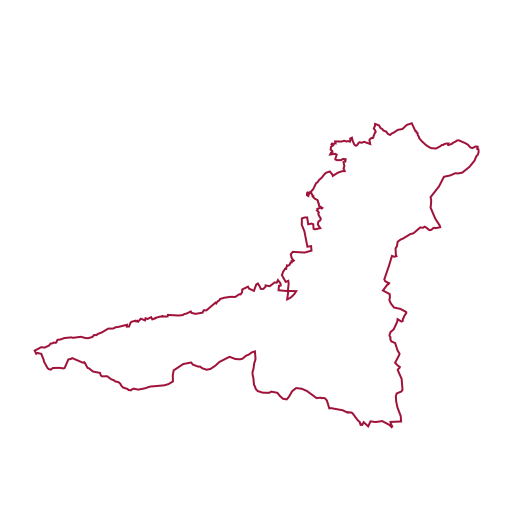 Sieu, Bistrita-Nasaud, Romania (orthographic projection), rotated 188°
{"feature_id": "2599482B45546985901093", "entity_name": "Sieu", "entity_type": "district", "adm_level": 2, "iso_a3": "ROU", "parent_name": "Romania", "parent_adm1": "Bistrita-Nasaud", "projection": "orthographic", "projection_center": [24.629, 47.002], "detail": "fine", "context": "isolated", "style": "outline", "palette": "rose", "viewbox_px": 512, "rotation_deg": 188, "n_neighbors": 0, "source": "geoboundaries", "source_scale": "gbopen_adm2", "svg_char_len": 6093}
<svg xmlns="http://www.w3.org/2000/svg" viewBox="0 0 512 512"><g transform="rotate(188 256 256)"><path d="M462.0,131.5L460.0,128.6L458.9,129.6L455.0,129.2L451.9,123.8L451.2,121.9L447.0,116.2L445.6,115.2L443.4,114.9L441.6,116.8L435.0,117.9L430.8,117.9L429.9,118.5L427.4,127.5L424.8,128.4L423.8,129.3L413.2,126.4L411.7,126.3L411.3,126.9L409.9,125.7L409.6,124.8L407.1,121.7L405.8,121.5L401.3,118.9L394.2,118.5L393.0,116.1L391.7,115.4L386.6,116.2L382.3,113.8L379.5,113.2L378.1,112.3L374.3,111.8L372.6,110.6L371.2,108.7L369.2,107.2L364.9,106.5L363.4,105.5L361.1,105.6L360.2,106.7L358.8,107.6L353.9,107.3L347.1,109.7L342.9,111.9L328.7,115.2L324.8,117.0L320.8,120.2L321.8,126.3L321.6,131.3L313.0,138.9L305.4,141.5L303.3,139.6L297.8,138.4L296.2,138.7L293.4,137.3L289.0,136.5L285.4,137.8L281.0,141.7L277.5,146.0L268.2,152.5L262.0,151.1L257.4,151.5L255.1,152.4L252.1,155.8L249.5,157.3L246.8,159.9L243.8,161.4L242.2,154.3L242.3,152.1L242.8,150.1L242.8,143.8L243.3,140.7L242.9,138.2L241.7,135.0L240.0,128.1L238.7,126.4L237.9,124.5L235.6,122.5L230.3,121.6L224.1,122.3L221.9,123.8L215.7,123.5L213.1,120.9L209.5,118.4L205.6,118.3L203.7,121.4L201.4,127.1L197.9,130.8L192.2,130.9L186.8,129.4L176.2,123.7L172.5,124.7L171.6,124.3L169.8,124.8L168.0,124.7L165.7,122.8L162.2,115.3L160.7,115.8L148.6,115.3L144.1,113.8L143.3,113.7L143.2,114.2L140.8,114.0L140.3,114.4L138.6,113.8L132.4,107.5L130.0,105.9L129.8,104.9L129.1,104.6L129.2,103.7L128.9,103.3L127.2,103.6L126.2,106.4L121.2,102.9L119.6,108.2L114.4,108.2L108.1,110.1L100.1,107.2L97.9,105.4L97.4,106.1L99.2,108.8L99.7,110.4L89.3,112.3L90.4,117.6L95.0,126.0L97.1,132.0L98.0,136.7L97.5,139.5L93.1,142.1L92.3,143.9L94.7,154.6L99.8,162.8L99.6,163.6L98.4,165.0L98.1,166.1L100.4,167.3L103.4,169.6L100.4,177.9L100.3,179.3L102.6,182.0L106.1,189.2L110.0,190.2L111.0,191.6L111.5,192.6L111.4,194.0L112.6,195.4L112.8,196.5L112.2,199.4L109.4,202.6L107.0,210.6L107.0,213.2L102.9,211.3L101.7,212.0L101.8,214.3L101.2,215.2L101.0,216.8L99.2,220.6L99.5,221.4L105.6,223.7L112.2,224.2L115.9,227.8L117.9,231.1L117.6,233.3L118.3,236.9L125.5,239.5L121.4,246.9L120.9,246.6L120.4,247.6L124.4,248.9L125.7,250.7L123.0,264.5L121.4,275.0L118.8,274.5L116.9,275.4L117.6,276.5L118.8,282.4L118.7,283.5L117.8,285.2L117.7,289.8L114.9,292.6L113.0,293.6L106.2,299.2L103.2,300.4L97.4,307.1L94.6,307.2L93.1,308.5L91.3,307.8L87.9,305.7L85.9,306.4L84.3,308.4L83.3,308.8L82.2,308.5L77.6,310.1L78.2,311.6L83.8,318.1L89.9,328.3L89.9,332.0L90.3,335.6L91.3,338.6L84.5,350.3L80.9,360.6L74.9,362.8L70.2,365.7L67.2,365.9L63.3,367.3L57.1,373.9L52.9,380.8L51.7,385.5L50.5,387.0L50.0,389.9L50.6,392.6L51.8,392.8L52.0,393.3L51.6,393.8L51.7,395.1L53.6,395.1L56.9,392.9L59.1,393.5L61.4,395.6L64.2,396.8L71.4,398.8L73.3,398.2L74.0,397.3L77.2,395.1L77.5,394.4L80.9,392.6L81.3,392.8L81.2,394.0L81.8,393.7L82.6,394.1L85.3,392.9L85.9,392.1L87.4,391.8L88.7,390.4L92.7,387.5L97.2,387.2L99.3,387.7L103.1,389.5L107.9,392.8L110.7,395.3L111.2,396.6L112.5,398.1L113.2,400.3L114.1,400.4L114.6,401.8L115.5,401.8L120.2,409.1L124.9,406.8L128.7,402.1L133.0,400.7L137.1,397.1L138.4,396.4L140.1,394.5L142.6,395.4L144.3,397.3L147.4,398.0L148.2,399.0L150.7,400.2L152.3,402.4L156.4,403.4L156.3,401.4L157.1,398.7L155.4,396.9L154.8,395.7L154.8,395.1L155.3,394.7L156.4,390.5L156.3,389.7L156.7,389.0L158.1,388.9L159.6,387.3L159.8,386.6L158.5,382.8L164.8,384.1L167.3,382.8L169.2,383.1L170.1,382.3L171.4,379.7L172.7,379.1L174.2,380.1L176.2,383.3L177.5,386.5L179.1,385.4L178.6,383.9L178.9,382.3L180.8,382.6L182.3,382.0L184.6,382.4L187.4,381.2L193.6,380.5L192.9,378.6L193.6,378.6L194.5,377.7L196.2,378.0L196.8,377.2L195.2,376.2L196.9,374.5L196.9,371.7L195.3,370.8L194.7,369.6L196.0,368.9L196.7,366.8L191.6,368.2L190.2,367.6L191.0,363.1L190.9,362.7L189.4,362.2L185.3,362.7L183.3,364.2L180.7,364.3L180.7,362.1L181.3,362.2L182.4,361.2L181.0,357.3L181.5,355.0L180.0,352.4L182.4,352.0L186.4,350.0L191.1,346.0L191.8,347.4L194.7,350.0L198.3,348.1L199.3,347.0L201.9,342.6L204.0,340.2L205.4,337.6L206.7,336.3L208.6,330.2L210.6,327.3L212.5,326.0L213.8,326.1L214.2,325.4L214.0,323.3L212.5,322.7L212.5,323.7L211.8,325.4L210.9,326.0L209.8,325.9L208.9,324.3L207.6,323.4L208.1,322.7L205.7,320.9L203.0,320.0L202.4,319.3L201.8,317.3L201.1,316.8L200.7,314.5L197.0,312.8L197.4,312.2L199.1,312.7L201.8,311.2L201.4,310.1L201.9,309.6L200.1,308.2L199.8,307.7L200.2,306.6L199.6,305.2L197.0,302.0L197.3,300.3L198.9,298.9L199.2,296.5L199.0,295.6L196.2,292.5L201.5,290.6L202.8,291.0L203.7,295.4L205.6,295.8L208.7,294.7L210.7,301.3L213.2,300.9L215.8,299.6L215.0,293.2L211.5,287.2L206.4,272.4L202.8,273.4L201.8,269.0L208.3,266.2L220.2,265.2L221.8,262.6L220.7,259.6L219.5,258.0L217.9,256.7L219.3,255.6L220.0,255.8L219.8,254.6L220.9,254.3L221.6,251.8L223.1,250.8L224.0,251.0L224.0,249.8L224.5,248.8L224.3,247.5L225.4,247.4L227.1,243.9L227.3,242.0L227.8,240.8L223.0,234.5L220.6,235.9L219.8,233.1L219.6,225.8L211.3,226.8L212.6,223.9L215.0,220.6L216.7,219.0L219.1,217.4L219.1,225.1L220.7,225.6L228.9,225.2L229.1,229.7L227.4,230.2L227.5,230.8L228.0,232.3L230.9,235.2L231.7,232.5L233.9,232.4L238.2,228.0L242.4,228.2L242.3,226.9L244.2,224.4L246.7,224.1L248.8,227.4L249.8,228.1L250.1,229.0L250.5,229.0L251.8,227.8L253.2,221.2L258.3,222.7L259.7,224.5L265.0,220.9L264.7,218.2L265.9,215.8L267.2,215.8L270.8,212.6L276.1,211.9L281.7,210.2L285.6,208.4L286.1,207.0L287.6,205.8L288.8,203.5L289.6,204.2L297.6,195.2L300.2,195.0L301.1,192.4L307.9,190.3L311.9,190.7L312.9,192.0L316.3,189.6L318.9,188.5L320.3,187.3L324.3,186.3L335.0,185.4L335.1,183.9L337.8,183.3L340.1,183.5L340.0,183.0L342.6,182.6L347.0,180.7L346.9,180.3L349.9,178.8L351.3,180.8L354.7,178.5L356.7,179.0L356.9,176.8L361.3,177.9L363.6,174.5L364.6,175.3L365.6,174.5L366.2,175.2L370.2,173.5L371.0,172.4L371.9,168.5L374.1,168.1L374.2,169.9L383.0,166.4L385.3,165.9L386.2,164.9L388.2,164.1L392.3,163.5L398.1,158.8L402.0,156.7L403.0,155.4L405.4,155.2L406.7,153.1L410.6,151.3L413.0,151.0L418.2,151.6L425.9,149.5L427.6,149.7L434.3,148.1L438.5,145.9L440.4,145.6L441.2,144.9L441.6,142.8L442.2,142.1L444.0,142.2L445.9,140.9L447.2,140.7L448.5,138.5L452.5,135.9L456.0,135.8L462.0,131.5Z" fill="none" stroke="#9f1239" stroke-width="2"/></g></svg>